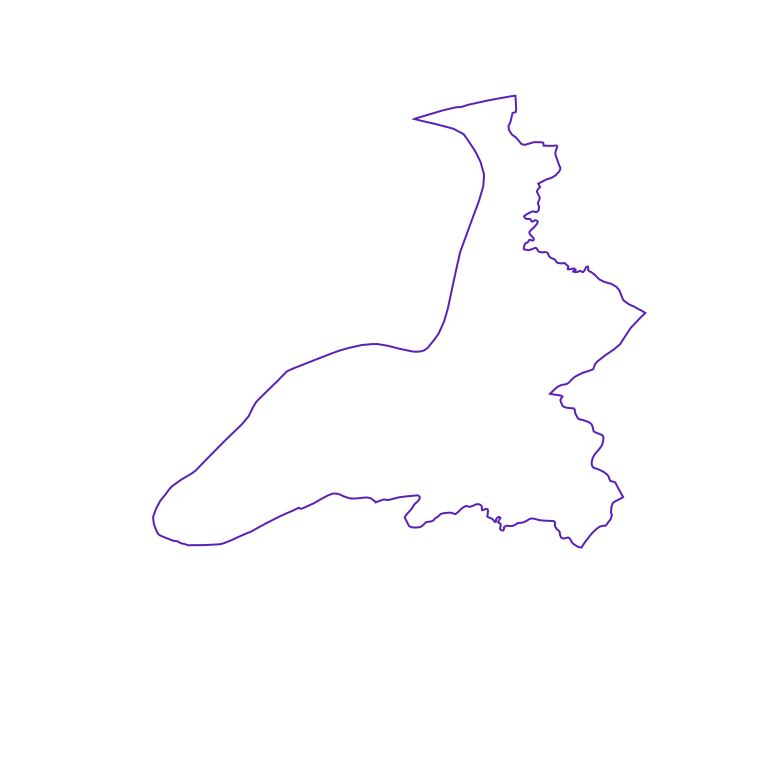 Tam Nong, Phú Thọ, Vietnam (Equal Earth projection), rotated 246°
{"feature_id": "81297802B6788314119837", "entity_name": "Tam Nong", "entity_type": "district", "adm_level": 2, "iso_a3": "VNM", "parent_name": "Vietnam", "parent_adm1": "Phú Thọ", "projection": "equal_earth", "projection_center": [105.235, 21.306], "detail": "fine", "context": "isolated", "style": "outline", "palette": "violet", "viewbox_px": 768, "rotation_deg": 246, "n_neighbors": 0, "source": "geoboundaries", "source_scale": "gbopen_adm2", "svg_char_len": 6166}
<svg xmlns="http://www.w3.org/2000/svg" viewBox="0 0 768 768"><g transform="rotate(246 384 384)"><path d="M613.7,519.5L608.7,525.9L600.1,537.4L589.1,551.1L579.9,558.3L573.1,559.8L558.8,562.1L547.5,562.5L534.9,560.7L530.0,558.2L524.4,555.2L512.6,545.2L501.2,534.0L473.5,507.2L459.3,496.6L426.7,472.8L416.7,464.3L408.0,454.6L404.4,448.7L399.2,438.5L398.4,434.4L398.7,431.5L399.8,427.9L401.8,423.7L409.7,412.7L417.1,403.4L423.1,394.4L425.3,389.4L428.6,379.7L431.3,366.4L432.7,356.3L433.3,347.3L434.2,328.4L435.1,307.4L435.1,301.4L434.8,299.8L429.7,287.0L424.7,273.3L419.7,260.1L416.0,254.8L412.9,251.2L409.5,247.1L404.9,237.6L397.1,216.0L387.8,192.3L384.8,184.8L381.6,177.0L380.4,171.6L379.1,159.9L376.8,148.8L374.9,144.5L371.9,139.3L368.3,132.1L363.0,125.3L359.4,121.7L356.2,118.8L349.6,116.8L344.7,116.5L341.0,116.4L338.7,116.8L336.9,117.7L333.5,120.8L326.6,127.6L324.0,131.7L321.5,133.3L318.8,136.8L316.1,139.9L314.1,144.9L310.4,153.2L306.8,162.4L304.3,169.0L303.7,172.9L303.4,180.8L303.5,189.9L303.4,199.7L303.2,202.5L304.1,211.9L304.7,219.8L305.5,235.6L305.5,240.8L305.4,248.6L305.6,256.0L304.5,256.4L304.0,257.2L303.5,258.6L303.6,271.7L304.4,278.9L305.0,287.2L304.8,291.8L304.4,293.6L303.2,295.9L301.3,298.5L298.3,301.0L295.8,303.6L294.4,305.2L293.1,306.9L291.3,310.5L288.4,319.2L287.4,322.1L286.1,324.0L284.6,325.7L280.2,328.2L279.3,328.2L279.1,332.1L278.6,337.1L276.7,339.7L275.9,342.7L274.4,351.6L271.9,359.8L269.7,366.2L268.6,369.4L267.8,370.2L266.3,370.7L264.9,370.0L263.4,367.9L261.6,362.6L258.6,358.2L255.4,351.1L254.2,349.1L253.3,348.6L250.1,348.8L245.6,349.0L243.9,349.2L242.6,350.3L241.5,351.5L240.3,353.8L239.1,357.0L238.7,358.7L238.7,360.2L239.2,362.5L240.7,366.2L239.6,370.1L239.2,372.1L239.4,373.8L240.6,376.6L240.7,377.5L240.8,379.2L241.4,380.5L242.2,383.0L241.6,386.5L239.7,391.9L238.8,393.4L236.8,395.3L236.2,396.3L236.7,398.9L238.9,405.1L239.3,409.3L238.5,410.4L237.5,411.5L236.8,412.8L236.6,415.6L236.6,419.5L235.4,422.1L233.7,423.3L232.8,423.5L231.6,423.2L229.3,422.3L228.7,422.3L228.5,423.2L228.6,425.2L228.3,426.6L227.5,427.7L225.7,427.4L222.9,425.7L221.2,424.6L220.5,424.6L218.6,426.3L217.2,427.7L215.7,428.4L213.2,429.1L212.6,429.7L212.7,430.3L214.9,431.4L215.8,433.3L215.9,434.4L215.4,435.4L214.3,435.9L213.0,434.1L211.9,432.5L211.2,432.1L210.2,432.4L209.5,433.4L207.5,433.2L206.5,432.6L204.8,431.2L204.6,431.1L203.7,431.3L203.1,431.7L202.2,432.3L201.7,433.0L202.5,434.6L203.9,435.0L204.7,436.1L204.5,438.7L202.5,442.4L202.1,443.5L202.1,445.7L202.2,448.3L202.2,448.5L202.6,449.3L201.3,453.4L200.9,455.5L201.0,458.4L201.5,462.2L201.3,463.4L200.5,465.4L199.4,467.0L196.3,470.7L194.0,474.8L191.7,479.4L190.6,481.7L190.0,482.8L189.5,483.5L188.2,483.9L187.2,483.7L185.4,482.5L183.8,482.4L180.8,482.9L178.6,484.1L177.3,484.3L175.6,483.7L174.5,483.5L171.9,483.3L170.5,484.3L169.7,485.2L169.3,487.3L169.1,488.7L168.9,489.8L167.6,490.8L166.3,491.0L163.1,491.2L160.4,492.2L156.2,495.1L154.3,497.9L157.9,503.4L159.9,507.5L161.4,509.8L163.6,514.7L165.4,520.2L165.9,522.8L165.8,524.7L165.3,526.9L164.4,529.0L166.2,532.1L168.2,536.0L170.4,537.9L171.7,538.9L174.0,539.0L178.7,541.4L181.1,543.5L182.3,544.8L182.8,547.3L183.1,553.8L183.4,556.5L192.0,555.7L200.0,555.2L201.8,553.3L202.6,552.4L203.3,551.4L205.4,551.2L207.9,551.6L210.7,551.0L212.3,550.0L213.9,549.2L216.8,546.9L219.6,544.4L221.9,541.7L223.3,541.0L225.4,540.9L227.8,541.8L231.1,544.1L234.1,547.9L237.2,554.6L239.3,558.0L242.0,560.5L245.6,562.6L247.4,562.9L249.0,562.2L253.5,557.8L254.9,556.6L255.7,556.3L260.4,557.2L263.0,557.2L265.9,555.6L270.5,550.7L271.9,548.5L273.5,547.3L275.3,547.0L279.2,546.8L283.3,547.8L284.4,547.6L287.4,542.2L289.4,539.6L290.4,538.7L291.7,538.2L295.4,538.3L297.6,538.6L298.9,540.1L299.8,541.9L300.3,541.8L301.3,541.0L303.3,538.2L305.5,534.5L307.6,531.7L309.3,536.6L310.6,540.5L310.9,542.7L310.9,544.0L310.8,546.5L310.0,549.2L309.7,551.1L310.1,553.5L311.1,556.0L312.6,559.8L313.0,561.9L313.2,564.9L313.4,569.9L312.6,577.3L312.4,580.7L312.8,581.6L313.9,582.5L316.3,585.0L317.8,588.0L320.2,597.7L322.0,607.6L324.2,615.7L326.0,618.3L335.0,632.4L340.4,645.5L342.6,651.6L347.2,648.5L348.8,647.0L353.3,643.7L356.6,640.6L359.8,638.6L362.9,636.9L364.9,636.7L367.9,636.8L370.5,637.0L374.3,637.0L378.3,635.8L381.2,633.7L382.9,632.5L383.8,631.5L385.7,629.1L388.2,626.3L392.0,623.2L397.1,621.3L401.8,618.9L403.8,617.2L405.4,616.9L407.0,617.8L408.3,618.1L408.6,617.5L408.4,615.8L407.0,614.5L405.3,611.7L405.4,611.1L406.3,610.2L407.6,609.2L407.7,608.0L407.7,606.1L408.3,604.3L409.0,603.6L409.8,602.5L410.3,603.1L410.0,604.7L410.4,605.5L412.0,604.9L412.6,603.7L413.3,600.4L413.8,598.8L414.8,598.7L416.1,600.2L416.6,600.2L418.8,599.1L420.8,598.4L421.2,597.7L421.6,596.2L422.4,594.4L423.4,592.8L424.6,591.4L426.6,591.0L428.8,590.4L431.2,587.9L432.9,586.9L434.9,586.7L437.2,586.9L438.2,586.0L438.7,585.2L439.3,584.2L440.0,581.8L441.1,580.2L442.4,579.0L445.6,578.6L446.6,578.1L446.9,577.4L447.0,573.9L447.5,570.4L450.1,566.6L451.5,567.0L453.9,569.1L454.8,570.0L455.0,571.2L454.9,572.8L456.4,575.1L456.4,576.1L455.0,577.4L454.4,578.5L454.9,579.5L456.2,579.8L457.3,579.7L460.4,578.5L462.5,578.2L463.6,578.6L464.3,579.5L465.1,581.7L466.3,585.2L468.2,589.2L469.8,590.5L470.9,590.2L471.6,589.5L472.1,588.9L472.0,586.4L472.3,585.0L472.8,584.9L474.8,584.9L475.5,584.1L476.0,583.3L476.2,582.5L476.6,581.8L477.6,580.7L478.2,580.4L480.0,580.1L480.6,581.0L480.9,582.7L481.3,587.1L481.3,589.0L480.9,590.8L479.3,592.4L479.0,593.5L479.5,595.6L482.1,597.5L484.0,597.9L485.7,597.9L487.0,598.4L490.0,601.7L491.3,602.1L497.5,601.9L498.7,603.0L499.0,603.5L499.6,604.6L500.3,606.6L502.3,606.6L504.3,606.4L504.8,615.5L504.3,619.8L504.3,621.4L504.4,623.2L504.9,625.7L506.3,629.1L507.4,631.3L509.0,632.7L509.8,633.1L511.7,632.9L517.4,633.4L523.8,633.9L525.9,634.8L527.8,636.3L530.2,638.8L531.5,638.7L532.0,637.9L533.1,634.6L536.8,626.8L539.7,627.6L540.7,626.2L541.3,625.1L543.9,619.4L545.2,609.9L546.3,608.4L547.1,607.3L555.5,604.8L559.9,602.3L564.8,601.5L568.8,602.5L572.2,606.3L579.3,611.7L578.8,615.0L580.8,616.3L589.5,619.7L593.9,621.3L594.9,618.2L597.6,607.4L601.0,593.2L604.9,574.2L605.6,567.2L607.5,562.5L610.0,549.4L613.7,521.2L613.7,519.5Z" fill="none" stroke="#5b21b6" stroke-width="2"/></g></svg>